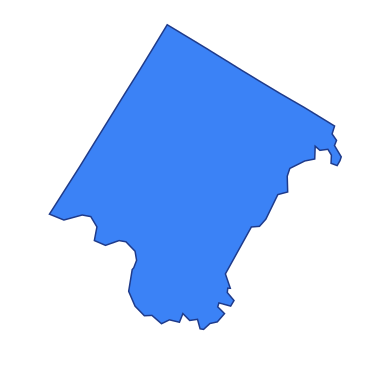 Madison, Alabama, United States of America, rotated 31°
{"feature_id": "52423323B46234857736785", "entity_name": "Madison", "entity_type": "district", "adm_level": 2, "iso_a3": "USA", "parent_name": "United States of America", "parent_adm1": "Alabama", "projection": "albers", "projection_center": [-86.485, 34.734], "detail": "fine", "context": "isolated", "style": "filled", "palette": "blue", "viewbox_px": 384, "rotation_deg": 31, "n_neighbors": 0, "source": "geoboundaries", "source_scale": "gbopen_adm2", "svg_char_len": 1137}
<svg xmlns="http://www.w3.org/2000/svg" viewBox="0 0 384 384"><g transform="rotate(31 192 192)"><path d="M181.1,287.0L180.7,289.3L188.8,309.6L189.2,310.0L202.0,319.2L214.9,322.6L221.2,318.4L233.7,320.6L238.5,313.2L248.3,310.1L246.8,300.9L256.2,303.3L262.3,298.3L269.4,305.1L272.7,303.8L275.1,295.5L280.6,290.3L282.5,279.5L273.2,277.2L272.2,273.2L283.9,269.9L283.9,263.4L274.0,260.0L272.2,256.0L274.4,254.8L262.8,245.0L260.9,191.4L267.5,186.7L269.3,177.3L266.9,150.0L274.0,142.7L265.5,129.4L263.7,121.4L272.7,107.3L280.2,100.5L274.0,89.3L280.2,90.4L286.5,85.4L292.5,88.6L296.4,95.8L302.8,94.6L302.7,88.9L301.8,85.0L290.2,78.8L289.3,73.3L282.2,70.1L280.2,62.0L277.1,62.0L244.6,61.7L229.4,62.0L215.4,62.2L194.6,62.2L190.2,62.2L178.9,62.1L172.5,62.1L165.2,62.0L160.6,61.9L143.6,61.7L135.9,61.6L131.3,61.5L129.8,61.5L128.9,61.5L128.5,61.5L84.6,61.4L84.5,91.0L84.3,115.7L83.8,141.7L83.6,155.5L83.6,157.3L83.1,194.3L83.0,199.8L82.7,227.9L81.2,284.4L96.6,282.0L109.7,268.3L117.9,265.2L128.5,270.9L133.3,283.9L145.3,282.3L154.5,271.2L161.0,268.7L173.7,272.1L179.7,279.1L181.1,287.0Z" fill="#3b82f6" stroke="#1e3a8a" stroke-width="1.5"/></g></svg>